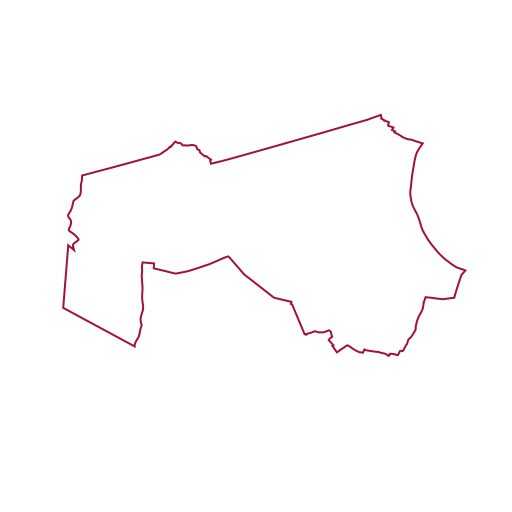 the district of Kapelle, Zeeland, Netherlands, rotated 256°
{"feature_id": "6326949B3037358920764", "entity_name": "Kapelle", "entity_type": "district", "adm_level": 2, "iso_a3": "NLD", "parent_name": "Netherlands", "parent_adm1": "Zeeland", "projection": "albers", "projection_center": [3.961, 51.499], "detail": "fine", "context": "isolated", "style": "outline", "palette": "rose", "viewbox_px": 512, "rotation_deg": 256, "n_neighbors": 0, "source": "geoboundaries", "source_scale": "gbopen_adm2", "svg_char_len": 5923}
<svg xmlns="http://www.w3.org/2000/svg" viewBox="0 0 512 512"><g transform="rotate(256 256 256)"><path d="M191.3,455.6L192.7,453.8L194.3,451.1L196.6,447.7L198.3,446.1L200.3,444.2L202.7,442.3L207.5,438.4L209.5,437.1L212.5,435.2L215.5,433.5L225.1,428.9L227.8,427.8L230.2,426.9L236.1,425.1L240.1,424.0L241.9,423.7L243.9,423.5L251.3,423.2L254.2,422.9L257.1,422.5L259.2,422.0L262.9,421.1L266.5,420.3L268.3,420.1L271.9,420.0L277.0,420.4L279.1,420.8L281.4,421.3L286.6,423.4L295.8,426.7L300.8,428.9L310.3,433.0L313.0,434.4L315.7,435.9L317.4,437.1L319.3,438.8L321.1,440.6L324.9,445.0L328.4,439.3L330.6,435.9L331.0,435.5L331.2,435.2L331.3,434.9L331.4,434.6L331.5,434.3L331.7,433.6L332.1,432.8L332.2,432.4L333.2,430.6L335.8,427.1L336.3,426.6L337.8,425.4L340.0,423.1L342.5,420.2L343.4,421.0L345.4,418.4L347.4,420.4L349.0,418.1L349.6,416.9L350.5,415.7L351.6,416.1L353.6,417.4L354.3,416.5L355.2,415.1L356.4,413.1L356.7,413.4L358.9,410.9L359.2,410.8L359.6,411.2L362.7,411.2L361.2,396.2L360.7,380.8L359.9,359.7L359.5,349.9L358.0,304.7L356.9,269.0L356.6,257.2L356.4,249.6L356.4,234.6L359.6,234.6L360.3,235.6L365.1,231.6L365.0,230.6L365.5,230.1L367.4,228.6L370.1,226.7L370.7,226.7L371.5,226.9L372.0,226.8L372.3,226.7L372.5,226.6L373.5,225.2L373.6,224.9L375.5,224.7L376.5,224.5L376.9,224.4L377.1,224.4L377.5,224.1L377.7,223.8L378.1,223.1L378.2,222.8L378.3,222.6L378.8,221.8L379.0,221.5L379.1,221.1L379.2,220.8L379.3,220.0L379.6,217.6L379.6,216.6L379.7,216.3L379.8,216.0L380.4,214.5L380.6,213.8L380.7,213.4L380.7,212.8L380.7,212.7L380.9,212.3L381.3,211.3L382.0,211.1L382.9,210.8L383.2,210.6L383.5,210.3L384.0,209.5L384.2,209.2L384.4,208.2L384.6,207.7L384.9,207.1L385.3,206.6L386.4,205.6L386.5,205.6L386.5,205.4L386.4,205.2L386.2,204.7L385.8,204.2L384.7,202.8L384.4,202.3L383.5,201.0L383.3,200.7L383.1,200.6L383.2,200.3L382.5,199.6L382.4,199.4L382.3,199.2L382.6,198.9L382.7,198.7L381.2,196.3L380.8,195.5L380.5,194.6L379.1,190.6L378.9,190.2L378.7,190.1L378.4,188.9L377.8,186.9L377.7,186.4L377.7,185.4L376.9,150.3L376.2,106.9L375.8,106.7L374.6,106.2L373.9,106.1L373.2,105.9L371.9,105.5L371.0,105.1L369.1,104.1L367.6,103.4L366.0,102.9L364.0,102.4L362.9,102.2L361.9,101.9L360.9,101.6L359.0,100.8L358.1,100.3L357.6,99.9L357.3,99.7L356.7,98.9L356.0,97.5L355.2,95.9L354.5,93.8L354.0,93.0L353.6,92.3L347.6,89.2L346.7,88.6L345.9,88.0L345.4,87.7L344.7,87.0L343.7,86.0L342.2,84.5L341.5,83.8L341.3,83.6L340.4,83.4L340.1,83.4L338.5,83.7L337.0,84.5L336.5,84.6L336.0,84.8L335.0,84.9L334.4,84.9L333.9,84.8L333.0,84.6L331.9,84.1L330.9,83.6L330.0,83.1L329.1,82.4L328.4,81.6L327.9,81.3L327.5,81.1L327.2,81.0L326.2,80.7L325.6,80.9L325.3,81.1L324.6,81.6L323.8,82.4L323.1,83.1L320.5,85.1L319.6,85.7L317.7,86.8L316.7,87.2L315.8,87.7L315.1,87.8L314.8,87.8L314.1,87.0L313.6,85.7L313.4,85.0L313.0,84.0L312.6,83.0L312.5,82.8L312.1,82.1L311.3,81.3L310.5,81.0L310.2,80.9L309.5,80.8L306.7,80.9L305.8,80.9L311.8,76.4L252.3,56.4L197.6,116.4L199.2,116.8L200.7,117.7L202.1,118.8L203.5,120.1L204.8,121.6L206.3,122.8L207.8,123.7L209.3,124.5L210.9,125.1L212.5,125.9L214.0,126.8L215.5,127.8L217.1,128.4L218.9,128.2L220.7,128.4L222.4,128.7L224.0,129.2L225.6,130.0L228.6,131.8L230.1,132.7L231.7,133.5L233.3,134.0L235.0,134.4L238.4,134.7L240.2,135.0L241.9,135.2L243.6,135.5L251.8,138.0L253.5,138.4L256.8,139.0L258.6,139.3L260.3,139.4L261.9,140.0L263.7,140.1L265.3,140.6L266.9,141.2L268.5,141.8L270.2,142.2L271.9,142.4L273.6,142.9L275.2,143.5L277.2,144.4L273.5,155.3L268.8,153.8L264.6,161.8L263.8,163.4L259.5,171.4L258.5,173.5L258.3,174.3L257.8,183.3L257.8,184.4L257.8,187.5L257.9,189.3L258.1,192.4L258.2,194.6L258.6,199.9L258.9,202.8L259.1,205.6L259.2,207.4L259.4,208.4L259.5,209.9L260.5,216.0L261.9,224.1L262.4,228.4L262.3,228.8L262.0,229.2L261.2,229.8L250.4,235.3L243.1,239.0L240.9,240.1L234.0,245.6L229.7,248.9L227.5,250.7L225.9,251.9L211.6,263.0L211.3,263.3L211.1,263.5L210.6,264.5L207.3,270.8L203.5,278.3L203.1,279.0L202.9,279.2L202.8,279.3L202.5,278.9L202.2,278.7L201.9,278.5L201.2,278.2L201.1,278.5L200.5,279.1L200.1,279.3L199.7,279.4L168.6,284.2L168.4,284.3L168.3,285.4L167.5,285.6L167.5,286.0L168.2,287.4L168.2,289.3L168.3,291.0L168.5,292.7L168.7,294.3L168.8,294.8L167.1,297.7L166.6,298.9L166.2,300.3L165.8,301.8L165.7,302.9L165.7,303.8L165.7,304.2L165.9,306.1L166.1,308.1L166.2,308.8L166.1,309.0L165.6,309.5L165.1,309.8L164.4,310.2L164.2,310.2L163.7,310.3L163.1,310.3L161.6,310.2L161.3,310.2L159.1,310.3L158.7,309.1L158.6,308.7L158.3,308.0L156.9,306.2L150.7,309.5L150.4,308.4L142.9,311.2L144.5,315.1L144.4,315.1L145.0,316.5L145.3,317.4L145.8,319.0L146.1,319.6L146.4,320.2L146.5,320.6L146.8,321.4L147.0,322.4L147.1,322.7L147.2,322.8L147.0,323.3L146.9,323.6L145.0,325.5L142.3,327.8L139.2,331.0L137.8,332.9L136.3,336.3L138.1,337.8L139.1,338.6L138.0,339.9L137.7,340.5L135.5,345.6L133.5,350.7L133.2,351.4L133.2,351.7L132.8,352.3L131.3,354.9L130.4,356.9L130.2,357.3L130.0,357.6L129.5,358.2L128.7,359.0L128.2,359.4L127.7,359.7L127.4,359.9L127.2,360.1L127.1,360.3L127.1,360.7L127.1,361.0L127.3,361.3L127.5,361.5L128.3,361.6L128.5,361.8L128.6,362.3L128.6,363.0L128.5,363.4L127.8,365.3L127.4,366.2L126.8,367.2L125.6,369.3L125.5,369.6L125.6,369.8L128.9,372.7L129.1,373.1L129.1,373.4L128.9,374.0L128.3,375.2L128.3,375.3L128.4,375.5L128.8,376.1L132.5,379.4L132.8,379.7L133.1,379.9L133.5,380.4L133.8,380.9L134.0,381.1L134.8,381.7L135.8,382.2L137.3,383.2L137.8,383.5L138.0,383.7L138.2,383.9L138.5,384.4L140.1,387.2L140.5,387.6L141.5,388.7L145.8,393.0L147.1,393.4L147.9,393.6L148.6,393.8L153.4,396.2L154.2,396.7L156.3,398.1L158.1,399.4L158.3,399.6L161.8,403.0L162.0,403.2L162.4,403.4L163.3,404.1L164.7,405.1L165.4,405.5L169.5,407.2L170.0,407.5L170.2,407.3L170.4,407.5L171.4,408.2L172.5,409.0L174.1,410.0L175.0,410.6L173.2,415.5L173.1,415.9L173.0,416.5L172.7,416.9L172.6,417.1L171.6,419.6L171.2,420.6L168.9,426.7L168.0,434.3L167.7,436.5L167.6,438.4L168.4,438.7L174.2,442.1L185.8,449.3L186.7,450.0L187.5,450.4L187.7,450.5L191.3,455.6Z" fill="none" stroke="#9f1239" stroke-width="2"/></g></svg>